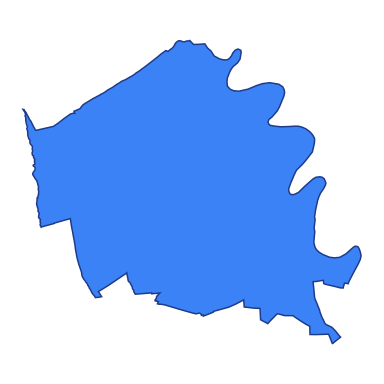 Ungheni, Iasi, Romania (orthographic projection)
{"feature_id": "2599482B66095426553968", "entity_name": "Ungheni", "entity_type": "district", "adm_level": 2, "iso_a3": "ROU", "parent_name": "Romania", "parent_adm1": "Iasi", "projection": "orthographic", "projection_center": [27.721, 47.204], "detail": "fine", "context": "isolated", "style": "filled", "palette": "blue", "viewbox_px": 384, "rotation_deg": 0, "n_neighbors": 0, "source": "geoboundaries", "source_scale": "gbopen_adm2", "svg_char_len": 5807}
<svg xmlns="http://www.w3.org/2000/svg" viewBox="0 0 384 384"><path d="M204.9,43.9L198.7,44.3L195.3,44.4L193.8,44.5L192.1,43.0L189.8,40.5L189.2,40.9L186.7,41.0L184.5,41.8L183.2,41.8L180.6,40.9L179.4,40.7L178.4,40.9L177.5,41.3L175.6,43.0L175.2,43.7L174.1,45.8L173.5,46.7L172.4,48.0L170.0,49.7L168.0,51.5L167.3,51.3L167.0,50.9L165.8,50.6L160.5,54.4L159.0,55.8L152.3,61.1L143.3,68.0L141.6,69.1L140.7,70.0L135.5,73.4L135.1,73.9L134.5,74.3L131.3,76.4L129.6,77.2L127.0,78.8L125.0,79.9L122.4,80.9L120.6,81.9L119.5,82.9L118.7,83.2L115.4,85.3L113.4,86.8L111.6,87.9L107.8,90.0L105.5,91.7L102.8,93.4L101.0,94.2L99.5,95.2L95.8,97.1L95.1,97.7L94.0,98.0L84.6,103.7L84.5,103.9L84.3,104.1L83.5,104.4L82.3,105.6L81.4,106.7L80.4,108.3L79.9,108.7L76.1,110.4L74.0,111.2L74.7,113.4L73.2,113.2L70.0,114.2L69.2,114.9L64.1,118.5L58.5,122.9L53.4,126.4L35.8,130.4L34.8,128.9L33.4,126.3L30.8,121.0L30.3,120.5L29.5,119.4L28.4,117.0L26.8,114.2L26.1,112.6L24.7,110.9L24.1,109.6L23.0,109.4L24.6,111.9L25.0,112.3L25.1,112.5L25.0,113.0L25.5,113.7L25.5,114.9L25.1,115.5L25.1,116.2L25.9,118.1L25.7,118.7L25.7,120.1L26.2,123.3L26.5,124.0L26.8,125.5L27.3,126.4L27.4,126.8L27.3,127.4L26.8,128.4L26.9,129.1L27.2,130.0L27.6,130.8L27.7,131.2L27.6,131.6L27.9,132.0L27.7,132.4L27.6,133.4L27.9,134.1L27.8,135.3L27.8,135.6L28.2,136.5L28.7,138.6L29.2,139.2L29.5,139.7L29.9,140.1L30.0,140.4L29.9,142.5L30.2,143.8L32.0,145.8L32.3,146.5L32.5,147.0L32.2,148.2L32.3,149.1L32.3,149.6L32.6,150.8L32.6,151.5L32.1,152.6L32.1,153.0L32.2,154.2L32.3,154.8L32.6,155.3L33.2,155.6L33.5,156.1L33.5,157.3L33.8,158.0L34.3,158.7L34.6,159.5L34.8,159.5L34.6,160.3L34.4,161.9L34.7,162.3L34.8,163.0L34.8,163.4L34.8,164.3L33.2,165.1L33.2,165.6L33.2,165.8L33.6,166.1L33.9,166.5L34.5,166.8L34.9,167.3L35.1,167.7L35.1,169.2L35.0,169.8L34.8,170.3L34.2,170.9L33.9,171.6L33.2,172.3L32.9,173.2L32.7,174.5L33.6,176.0L34.2,176.7L34.4,177.3L34.7,177.9L36.4,180.3L36.9,180.8L37.2,182.4L37.4,182.8L37.6,183.1L37.8,184.6L38.4,186.3L38.6,187.3L38.5,187.7L38.3,188.0L38.2,188.6L38.3,189.1L38.3,189.8L38.4,190.1L38.7,191.6L38.5,192.7L38.7,194.1L38.3,194.7L38.1,195.3L38.3,196.4L38.1,196.7L37.5,197.1L37.2,197.6L37.3,198.0L37.6,198.4L37.1,198.6L37.1,198.8L37.0,200.3L37.0,200.6L37.2,200.9L36.7,202.4L36.6,203.6L36.7,204.7L37.0,205.8L37.3,206.1L37.4,207.3L37.8,207.9L38.1,209.3L38.1,210.1L37.9,211.0L38.3,211.6L38.9,212.8L39.0,213.1L39.3,213.3L39.3,213.5L39.2,214.0L38.9,214.4L38.8,214.8L38.8,215.2L38.7,215.8L38.7,216.4L38.5,216.9L39.0,217.7L39.1,218.4L39.6,218.5L40.4,219.5L40.1,220.1L40.1,220.3L40.3,220.7L40.1,221.4L40.3,221.8L40.3,222.1L40.2,222.5L40.6,223.1L40.1,224.6L40.3,224.9L40.4,225.9L40.7,226.0L40.9,226.4L41.2,227.3L41.4,227.2L41.6,226.9L54.1,223.5L54.0,223.2L66.0,219.8L70.3,218.6L71.6,226.8L72.2,230.0L72.7,232.1L73.3,236.0L74.2,240.4L74.5,242.6L74.8,243.6L75.4,248.8L76.8,256.5L77.4,259.2L78.9,264.6L81.5,272.1L81.8,274.7L82.1,275.9L82.3,276.7L83.3,278.4L84.0,279.5L84.6,280.1L86.3,282.7L87.4,284.0L87.6,284.4L87.7,285.3L88.1,285.6L88.8,286.7L89.1,287.4L89.2,288.0L89.7,288.6L90.7,290.2L91.4,291.8L92.2,293.3L94.4,295.9L95.4,297.6L97.1,297.4L98.4,297.3L101.6,296.7L98.4,291.5L101.1,289.9L109.2,284.9L112.7,282.5L115.1,280.9L119.6,277.8L125.6,273.8L126.5,273.1L126.8,272.8L127.2,275.5L127.8,278.1L128.2,280.8L128.6,281.5L129.9,282.6L130.5,283.6L131.0,284.8L132.1,286.5L132.5,288.5L132.9,289.4L133.6,290.4L133.8,290.8L133.9,291.9L134.1,292.3L134.5,292.8L134.8,293.5L135.3,294.2L151.7,292.9L151.8,293.8L159.9,293.0L156.6,296.4L156.6,297.6L156.3,298.2L155.1,300.0L155.8,300.2L155.4,300.9L158.4,301.6L157.4,303.8L159.3,304.3L160.6,304.2L164.5,304.8L181.2,309.8L192.5,313.0L195.7,313.8L196.6,313.8L198.0,313.3L198.8,313.2L199.6,313.2L200.4,313.5L201.0,314.1L201.3,314.8L201.4,315.3L203.2,314.9L203.3,315.3L203.3,316.1L209.1,313.9L213.4,312.1L213.4,311.4L228.7,307.2L236.1,303.9L243.7,299.9L244.2,307.0L254.6,308.2L260.0,308.4L260.6,319.8L267.8,323.6L270.3,320.8L276.9,314.1L277.5,314.0L278.8,314.0L284.5,315.6L293.4,315.7L293.6,316.0L294.2,316.6L299.8,320.4L305.8,324.2L309.8,326.3L310.0,334.5L315.6,334.6L328.6,334.2L331.2,340.7L332.2,343.3L332.4,343.5L332.7,343.5L334.7,341.8L340.6,337.1L339.3,335.8L335.6,331.1L332.4,327.8L331.7,327.2L326.1,324.5L325.5,324.0L324.6,322.8L323.3,319.7L322.5,318.4L321.9,317.1L320.0,312.1L319.8,311.0L319.3,309.4L317.7,305.5L317.0,303.6L314.9,298.7L314.6,297.3L313.1,281.7L316.8,281.4L320.7,280.7L323.4,280.3L323.7,283.4L324.0,283.8L325.6,284.3L336.6,286.9L340.4,287.9L343.2,288.0L343.3,287.3L344.4,283.4L344.7,283.1L348.2,283.7L348.8,281.8L352.9,273.8L358.2,264.0L360.2,259.7L360.9,256.7L361.0,254.9L360.2,251.7L359.2,248.9L358.3,247.2L357.1,246.4L355.1,246.2L353.2,247.4L345.9,253.9L339.8,257.3L334.4,257.9L329.5,257.2L323.3,254.7L319.5,252.5L317.0,250.3L315.1,247.5L313.8,242.3L314.8,231.6L314.1,228.1L314.5,224.9L315.1,219.7L315.0,218.5L314.5,217.5L315.5,210.4L317.6,200.6L319.0,196.5L320.5,193.2L324.0,188.0L325.4,185.1L325.9,183.3L325.4,181.5L324.6,179.8L324.3,178.8L321.9,177.1L319.4,176.8L315.8,177.3L312.7,179.2L304.3,186.7L298.6,192.3L295.5,193.9L293.1,194.7L291.3,194.5L289.8,193.6L288.8,191.2L288.8,188.4L291.0,182.4L294.2,174.9L296.4,170.3L302.4,164.4L306.6,159.4L312.4,151.9L314.4,143.1L314.6,140.1L314.5,138.3L312.7,135.0L310.1,132.0L306.3,129.1L303.0,127.5L299.0,126.3L295.3,126.1L291.6,126.4L280.9,126.8L273.8,126.0L270.2,125.3L269.1,124.5L268.0,122.1L268.9,119.5L271.9,117.1L276.9,111.4L279.3,107.2L284.0,95.8L284.6,92.6L284.2,89.8L282.7,86.8L278.8,84.2L269.8,82.7L262.6,83.6L256.7,85.5L248.1,89.1L239.0,91.2L233.6,90.7L230.0,89.1L227.4,86.1L227.0,82.1L227.3,78.2L229.7,72.0L231.2,69.2L233.1,66.6L237.6,62.8L240.1,59.0L241.2,52.1L240.7,50.2L238.0,49.0L235.3,50.1L233.0,52.7L231.5,55.8L229.4,58.5L226.9,59.9L223.2,59.8L219.6,58.9L214.2,56.0L210.9,50.9L207.5,48.0L204.9,43.9Z" fill="#3b82f6" stroke="#1e3a8a" stroke-width="1.5"/></svg>